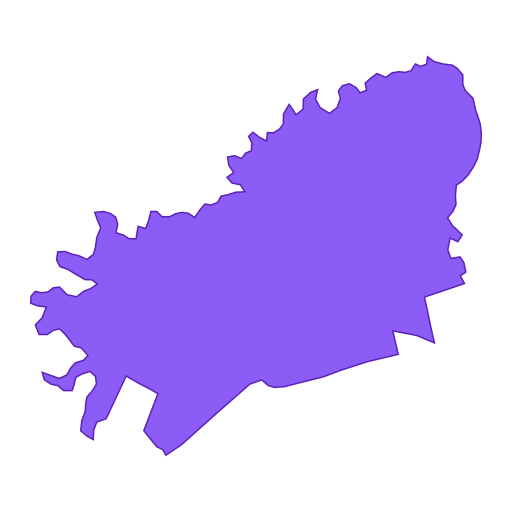 Anchieta, Santa Catarina, Brazil
{"feature_id": "56859067B17921911489726", "entity_name": "Anchieta", "entity_type": "district", "adm_level": 2, "iso_a3": "BRA", "parent_name": "Brazil", "parent_adm1": "Santa Catarina", "projection": "robinson", "projection_center": [-53.357, -26.532], "detail": "fine", "context": "isolated", "style": "filled", "palette": "violet", "viewbox_px": 512, "rotation_deg": 0, "n_neighbors": 0, "source": "geoboundaries", "source_scale": "gbopen_adm2", "svg_char_len": 2552}
<svg xmlns="http://www.w3.org/2000/svg" viewBox="0 0 512 512"><path d="M464.5,283.5L460.3,275.7L465.8,272.1L463.9,262.6L460.0,256.9L450.9,258.4L447.8,249.8L450.1,238.1L457.9,241.7L462.2,234.9L456.7,229.6L452.4,225.6L447.6,217.8L452.8,211.5L456.0,204.7L455.4,195.4L456.4,185.2L462.2,181.1L468.2,174.9L473.1,167.4L477.1,159.5L479.5,150.0L481.0,142.1L481.3,132.9L480.2,123.9L478.0,116.9L475.6,110.1L473.1,98.4L465.2,90.6L462.8,84.5L462.8,74.9L457.1,68.3L452.2,65.1L443.1,64.0L433.9,61.5L427.6,56.8L426.6,64.2L420.6,66.5L415.4,64.0L411.1,70.6L405.5,72.4L399.2,71.7L392.2,72.8L385.8,77.4L376.9,73.5L369.9,78.9L365.2,83.1L366.6,90.3L360.0,92.8L356.1,87.6L349.5,83.8L342.5,85.6L338.4,91.0L340.4,98.3L337.1,107.6L329.5,113.4L320.1,107.6L315.5,99.1L317.6,89.6L310.6,92.4L303.4,99.0L303.1,109.1L296.1,114.8L292.6,109.4L289.1,104.4L283.5,114.0L283.3,124.1L279.3,129.3L273.2,132.9L267.4,132.5L266.5,141.0L259.2,137.2L252.9,132.2L248.6,136.4L251.8,142.5L251.4,150.7L245.5,153.2L241.6,158.6L234.6,155.7L227.6,157.0L228.8,165.2L233.7,172.7L226.9,177.3L232.1,183.1L240.3,184.7L244.8,191.8L235.8,192.2L227.9,194.7L221.1,196.1L217.6,202.5L211.2,205.0L205.0,204.0L199.9,209.9L194.7,217.4L188.3,213.3L181.9,212.4L175.5,213.8L169.7,216.7L162.1,216.7L156.7,211.5L150.9,211.5L148.7,220.3L145.7,228.5L138.1,226.3L136.0,238.9L128.4,238.5L123.8,235.2L116.0,232.7L117.7,224.2L115.6,217.1L110.4,213.5L103.4,211.5L94.8,212.4L97.1,219.2L100.7,227.8L96.7,237.8L95.4,247.6L93.4,254.4L86.9,259.4L79.1,255.8L71.5,254.0L65.1,251.5L57.7,251.9L56.6,260.1L59.9,266.5L68.1,269.6L76.4,274.6L84.9,279.6L91.8,279.8L97.3,283.9L90.7,288.6L83.9,291.1L76.7,296.8L66.9,294.6L59.6,287.1L53.2,287.8L48.3,291.8L42.0,292.8L35.3,291.4L31.1,296.1L30.7,303.2L37.7,305.9L46.3,307.0L42.2,317.7L35.3,324.9L39.1,334.5L47.2,334.5L53.3,330.4L59.5,328.8L65.1,334.3L69.4,339.7L74.2,346.1L81.2,347.9L87.9,355.4L83.4,360.4L75.2,362.9L70.9,367.8L66.9,374.9L59.3,378.5L50.4,375.3L42.2,372.4L44.4,379.9L51.1,384.2L57.8,385.6L63.6,390.6L72.1,390.6L74.2,384.2L75.8,377.4L81.6,374.2L90.0,371.4L95.5,376.4L96.4,384.2L92.5,390.6L86.9,397.1L85.7,404.1L85.2,411.6L81.8,420.5L80.7,430.7L87.3,436.4L93.3,439.6L93.7,430.0L96.8,422.1L106.1,418.7L126.2,376.0L137.8,382.8L149.6,388.9L157.9,393.7L143.8,430.7L156.8,446.8L162.7,449.6L165.9,455.2L181.6,444.6L195.3,432.3L218.2,411.9L249.7,384.2L261.7,379.9L268.3,385.6L274.7,387.4L284.1,386.7L323.7,376.7L339.8,370.6L366.9,361.8L398.2,354.3L392.8,330.9L416.5,335.4L434.4,342.9L431.1,328.4L426.6,306.8L424.4,297.1L464.5,283.5Z" fill="#8b5cf6" stroke="#5b21b6" stroke-width="1.5"/></svg>